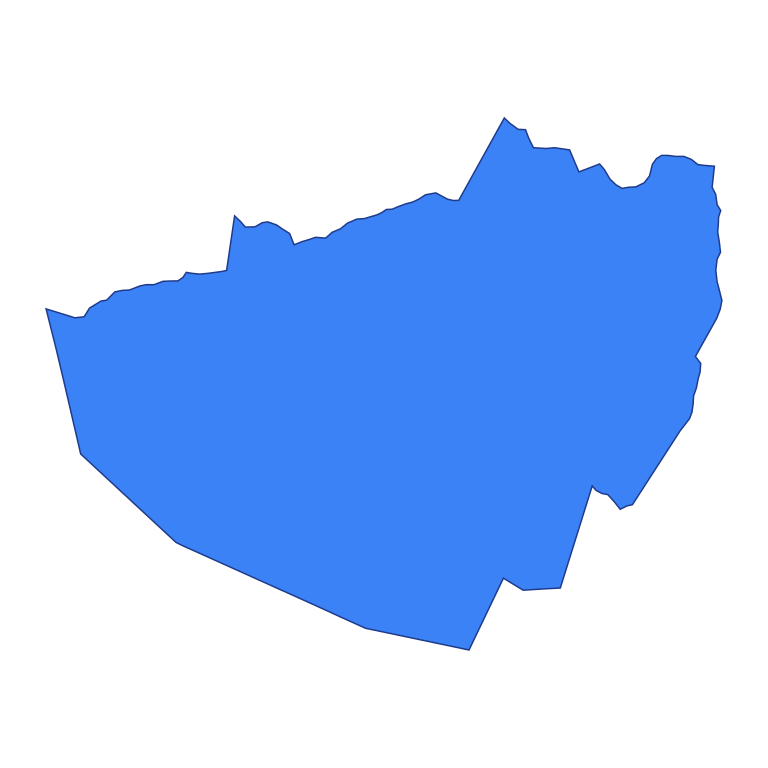 the district of Taperoá, Paraíba, Brazil
{"feature_id": "56859067B95822508196580", "entity_name": "Taperoá", "entity_type": "district", "adm_level": 2, "iso_a3": "BRA", "parent_name": "Brazil", "parent_adm1": "Paraíba", "projection": "equal_earth", "projection_center": [-36.808, -7.22], "detail": "fine", "context": "isolated", "style": "filled", "palette": "blue", "viewbox_px": 768, "rotation_deg": 0, "n_neighbors": 0, "source": "geoboundaries", "source_scale": "gbopen_adm2", "svg_char_len": 1755}
<svg xmlns="http://www.w3.org/2000/svg" viewBox="0 0 768 768"><path d="M74.8,317.8L46.1,308.9L56.1,348.8L63.6,380.3L80.7,454.0L176.0,542.4L182.2,545.5L188.0,548.1L312.4,604.1L334.7,614.3L340.3,616.9L365.6,628.3L469.0,650.0L503.4,578.2L523.2,590.2L542.2,589.0L560.3,588.0L592.2,486.0L596.2,490.5L602.0,493.5L607.8,494.6L614.9,502.5L620.2,509.3L626.9,505.9L632.4,504.7L680.2,430.7L685.2,424.3L689.5,418.7L692.0,412.2L693.2,403.1L693.6,395.8L696.4,387.9L698.1,379.1L700.1,371.9L700.7,363.4L695.4,356.5L716.8,318.1L720.2,309.2L721.9,300.5L719.3,290.0L717.1,281.8L715.8,270.3L717.1,259.2L720.5,252.3L719.4,242.6L717.7,232.1L718.3,224.4L718.6,216.9L720.7,210.6L717.1,204.6L715.7,194.4L712.1,187.3L714.4,166.2L705.4,165.5L697.9,164.6L691.2,159.3L683.9,156.4L675.6,156.4L667.5,155.4L661.6,155.4L656.5,158.6L652.4,164.3L649.5,176.0L644.2,182.8L635.8,186.9L628.8,187.2L622.1,188.4L615.8,184.7L609.9,179.0L604.4,169.6L599.6,164.0L578.9,171.9L569.6,149.9L554.6,147.7L546.1,148.5L533.4,147.7L528.6,137.9L525.5,129.7L518.0,129.3L509.9,123.3L504.3,118.0L458.7,200.4L453.3,200.5L447.6,199.2L435.8,192.9L425.5,194.8L418.7,199.2L412.8,202.0L405.6,203.9L397.8,206.8L392.2,209.2L386.3,209.5L381.4,212.8L376.6,215.0L370.7,216.7L364.3,218.6L356.8,219.1L347.5,223.1L340.6,228.7L332.2,232.3L325.6,238.1L315.6,237.3L309.2,239.5L301.9,241.7L294.1,244.8L289.6,233.5L282.4,229.0L276.5,224.9L267.8,221.9L262.3,222.7L255.0,226.8L245.3,227.1L240.5,221.5L234.6,215.9L226.6,270.5L220.9,271.6L207.5,273.4L199.7,274.1L192.5,273.4L186.3,272.4L182.9,277.5L177.9,280.9L170.9,281.0L163.1,281.3L153.9,284.7L146.1,284.7L140.1,285.9L129.4,290.0L122.3,290.4L114.8,291.9L106.6,300.2L101.1,301.0L95.7,304.3L89.6,308.0L84.1,316.8L74.8,317.8Z" fill="#3b82f6" stroke="#1e3a8a" stroke-width="1.5"/></svg>